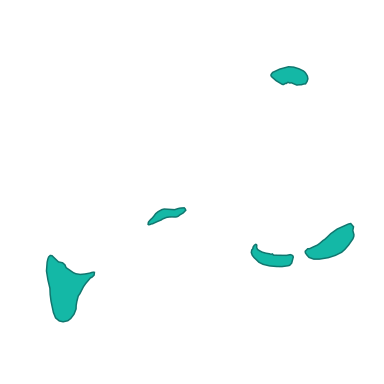 Woleai, Federated States of Micronesia (Mercator projection), rotated 172°
{"feature_id": "79324940B51603968819213", "entity_name": "Woleai", "entity_type": "district", "adm_level": 2, "iso_a3": "FSM", "parent_name": "Federated States of Micronesia", "parent_adm1": "", "projection": "mercator", "projection_center": [143.866, 7.353], "detail": "fine", "context": "isolated", "style": "filled", "palette": "teal", "viewbox_px": 384, "rotation_deg": 172, "n_neighbors": 0, "source": "geoboundaries", "source_scale": "gbopen_adm2", "svg_char_len": 2158}
<svg xmlns="http://www.w3.org/2000/svg" viewBox="0 0 384 384"><g transform="rotate(172 192 192)"><path d="M322.5,95.8L321.3,99.6L319.1,104.9L317.2,106.9L312.7,113.3L310.1,116.1L304.2,121.4L303.3,121.3L300.6,123.2L300.3,124.1L299.8,126.0L300.5,126.3L302.4,126.3L304.3,125.9L309.3,125.7L314.1,125.9L318.4,127.2L320.8,128.7L327.2,134.6L328.0,137.6L330.0,139.9L334.0,141.4L339.5,148.4L341.2,148.9L343.0,147.6L344.1,145.6L345.2,142.7L347.1,134.1L346.9,124.9L346.1,116.4L346.7,110.1L346.8,103.4L346.0,91.9L344.6,86.3L341.4,82.8L337.7,81.4L332.9,81.8L329.7,83.6L325.8,87.5L323.1,92.3L322.5,95.8ZM52.2,111.5L48.6,113.9L44.2,117.8L39.2,123.2L38.0,125.4L37.6,127.1L38.1,131.5L36.9,135.1L39.2,138.7L41.6,138.5L53.4,135.1L60.3,131.5L64.2,128.6L67.1,126.6L68.9,125.8L72.6,123.4L75.2,122.0L80.0,120.6L83.4,119.5L85.3,119.7L88.1,117.6L88.2,116.0L87.0,113.6L85.2,110.9L80.8,108.6L74.9,107.8L66.1,108.0L58.8,109.3L52.2,111.5ZM66.3,283.4L64.5,283.3L62.7,285.4L61.5,287.9L61.6,290.7L62.8,293.6L63.7,295.1L64.9,296.4L68.9,299.1L73.9,301.5L79.0,302.6L88.0,301.5L95.5,299.2L97.3,297.4L97.6,296.3L97.2,295.2L95.8,293.5L93.2,290.5L87.6,286.0L86.3,285.7L84.5,286.6L83.8,286.3L81.7,287.3L79.9,286.3L78.5,286.4L73.3,283.3L71.1,283.3L68.8,283.0L66.3,283.4ZM101.9,115.6L103.4,116.3L107.2,116.1L110.6,116.6L115.8,117.4L120.0,118.1L121.0,119.5L122.4,119.3L124.0,120.1L127.3,121.1L130.9,122.7L133.5,124.6L135.0,125.9L135.5,127.2L135.7,128.3L135.3,130.0L135.3,130.5L135.6,131.0L136.3,131.3L137.8,130.5L139.2,128.9L139.6,127.4L140.9,126.3L141.7,123.8L141.1,120.9L139.6,118.3L137.8,116.1L135.5,113.1L131.7,110.5L125.4,108.0L118.4,106.4L113.2,105.6L107.3,105.6L105.5,105.8L103.2,107.7L100.8,113.4L100.9,114.5L101.9,115.6ZM203.6,172.5L200.7,174.8L201.1,176.2L201.9,177.4L204.2,177.6L206.2,177.7L208.3,177.5L211.6,176.9L221.9,179.0L224.2,178.8L228.4,177.2L231.0,175.6L232.9,173.6L235.0,171.7L236.8,170.5L238.2,169.3L239.4,168.1L240.0,166.1L239.5,165.6L238.3,165.6L236.4,166.1L235.5,166.0L234.0,166.5L230.0,167.7L226.3,168.6L225.1,169.3L220.7,170.4L217.9,170.4L215.2,170.1L211.6,169.5L210.2,169.6L208.9,170.0L207.3,171.0L203.6,172.5Z" fill="#14b8a6" stroke="#0f766e" stroke-width="1.5"/></g></svg>